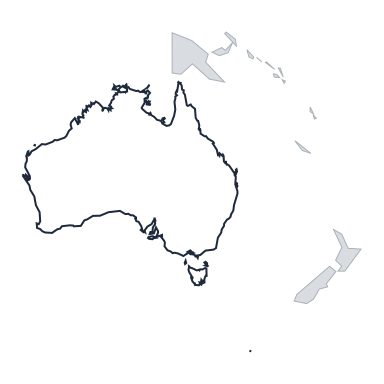 Oceania, with Australia highlighted
{"feature_id": "AUS", "entity_name": "Australia", "entity_type": "country or territory", "adm_level": 0, "iso_a3": "AUS", "parent_name": "Oceania", "parent_adm1": "", "projection": "robinson", "projection_center": [137.073, -32.4], "detail": "fine", "context": "in_parent", "style": "outline", "palette": "slate", "viewbox_px": 384, "rotation_deg": 0, "n_neighbors": 5, "source": "natural_earth", "source_scale": "50m", "svg_char_len": 7168}
<svg xmlns="http://www.w3.org/2000/svg" viewBox="0 0 384 384"><path d="M172.1,32.8L191.6,40.5L208.2,54.2L205.7,62.3L224.5,82.0L209.5,79.2L192.4,63.8L180.9,74.2L172.2,73.0L172.1,32.8ZM235.4,39.3L236.4,46.1L224.7,33.6L226.2,32.1L235.4,39.3ZM228.1,52.7L219.4,55.7L211.9,52.2L221.8,47.6L225.4,50.4L232.7,42.3L228.1,52.7ZM246.9,49.7L253.7,57.1L252.9,58.8L249.0,57.0L246.9,49.7Z" fill="#d9dde1" stroke="#a8b0b8" stroke-width="1"/><path d="M313.0,114.7L316.3,118.3L314.5,119.1L313.0,114.7ZM313.4,113.8L310.1,111.6L310.2,106.9L313.4,113.8Z" fill="#d9dde1" stroke="#a8b0b8" stroke-width="1"/><path d="M294.9,140.7L310.8,153.4L302.2,150.4L294.9,140.7Z" fill="#d9dde1" stroke="#a8b0b8" stroke-width="1"/><path d="M285.4,81.1L284.1,83.4L282.2,79.7L285.4,81.1ZM280.2,68.0L283.3,77.1L278.3,68.0L280.2,68.0ZM279.7,77.6L274.2,77.1L273.5,73.7L277.0,74.7L279.7,77.6ZM266.3,61.9L274.7,69.4L265.5,62.5L266.3,61.9ZM259.7,60.0L261.9,62.0L256.5,57.4L259.7,60.0Z" fill="#d9dde1" stroke="#a8b0b8" stroke-width="1"/><path d="M361.0,249.1L344.8,271.1L338.0,271.1L341.8,266.1L335.6,260.3L341.9,247.2L333.6,229.6L341.8,234.2L348.1,248.3L361.0,249.1ZM296.9,294.4L329.6,266.3L335.9,271.5L326.3,283.8L327.6,286.8L319.3,289.1L313.5,299.2L306.6,303.6L294.1,301.1L296.9,294.4Z" fill="#d9dde1" stroke="#a8b0b8" stroke-width="1"/><path d="M183.8,90.4L183.4,92.6L184.9,94.7L186.8,105.2L187.9,105.9L190.7,104.5L191.6,106.1L195.0,108.9L195.7,117.9L197.4,120.8L198.2,121.0L199.3,125.5L198.8,129.4L200.4,131.1L200.6,133.7L204.6,136.3L206.1,136.2L207.8,138.6L213.2,141.8L213.9,143.0L212.8,143.6L216.8,149.8L218.0,155.1L218.6,154.8L219.4,155.8L219.7,153.4L222.4,155.8L222.9,154.7L223.6,155.9L223.9,161.4L225.5,163.4L229.1,165.5L234.6,173.5L234.6,175.1L235.8,176.8L235.3,184.4L237.4,190.9L237.5,193.5L234.0,205.2L233.3,210.6L231.1,214.3L230.5,216.8L228.8,218.7L227.0,219.6L224.1,223.8L224.0,225.9L221.7,229.5L221.2,232.6L217.9,237.7L216.0,248.1L213.6,249.6L205.5,250.6L200.1,255.1L196.9,255.5L197.5,256.5L198.1,256.1L197.7,258.0L196.6,256.3L195.4,256.5L194.8,255.1L192.8,254.3L193.5,253.4L193.2,252.5L192.3,252.4L190.6,254.1L189.4,253.1L190.4,253.1L191.5,251.5L190.3,250.4L187.8,251.8L189.1,252.3L183.4,256.0L177.9,253.4L174.3,252.7L172.7,253.2L170.7,251.5L167.5,250.3L164.5,246.3L164.9,242.8L164.3,241.0L160.4,236.1L162.1,236.3L162.0,234.9L158.1,236.5L156.4,236.3L158.1,232.7L158.0,231.1L156.0,227.4L153.9,233.4L149.7,234.0L150.4,232.0L152.4,232.0L152.9,227.4L155.2,223.8L154.7,221.5L155.5,220.8L154.4,217.6L154.4,219.1L151.6,224.1L147.4,226.6L144.6,230.5L145.1,232.4L144.1,231.7L143.4,232.2L140.7,230.0L141.2,229.4L142.4,230.0L141.2,226.1L138.6,221.8L136.4,221.2L135.3,218.7L136.0,218.6L136.0,217.4L133.0,215.3L130.7,215.2L128.3,213.8L125.5,214.1L119.9,210.9L108.5,212.2L100.1,215.7L92.9,215.9L87.0,219.5L84.4,220.3L80.8,225.9L73.8,226.3L73.3,225.6L69.9,225.3L62.0,226.2L60.0,228.7L57.2,229.3L52.1,232.9L45.2,232.5L42.4,231.3L40.1,229.0L37.1,228.0L36.7,223.4L38.7,224.2L40.2,221.4L39.6,212.2L35.9,205.2L34.3,196.4L30.3,189.9L29.4,185.4L24.5,178.2L25.3,178.6L25.4,177.5L26.7,180.5L28.1,180.1L28.1,179.1L25.5,175.3L25.7,174.6L27.2,176.0L27.3,177.9L28.0,177.1L28.8,179.0L29.4,179.5L30.0,178.8L29.8,176.1L25.2,167.4L25.5,163.9L26.8,161.1L26.9,158.0L26.2,156.3L27.8,151.7L28.4,151.3L28.6,155.4L29.8,154.5L31.5,151.3L35.4,149.3L41.9,144.1L45.6,144.5L52.8,141.7L54.6,140.0L57.2,140.3L64.7,137.6L66.4,135.9L69.0,130.7L71.7,128.4L70.6,124.9L71.1,122.4L74.8,118.1L78.2,124.8L78.3,121.7L79.6,122.3L79.8,121.1L77.7,118.4L78.4,118.0L78.2,116.8L78.9,116.6L79.6,117.7L80.6,117.0L84.5,117.9L82.5,117.2L83.8,114.6L83.0,115.2L82.4,113.9L82.6,112.3L83.3,112.3L84.0,110.9L86.0,112.0L86.0,111.1L85.2,111.1L84.8,110.2L85.8,109.2L87.5,110.0L86.6,107.5L88.7,106.0L89.0,104.6L89.2,106.3L90.0,106.0L90.4,106.9L91.1,106.1L91.2,102.9L92.4,104.1L93.1,103.2L94.0,104.0L95.8,101.5L98.8,103.3L102.9,107.7L102.2,111.3L102.7,110.6L103.2,111.1L102.7,109.5L104.9,107.8L107.5,108.5L108.4,110.2L108.6,108.4L110.6,110.1L110.6,108.3L111.8,108.2L110.4,107.0L110.9,106.5L109.2,105.5L111.0,102.9L111.7,100.4L113.9,98.8L113.4,96.6L114.6,95.0L115.8,94.7L115.8,93.4L117.2,94.2L117.2,93.0L119.4,91.1L120.2,92.4L124.7,91.9L125.5,92.5L126.0,91.6L127.1,91.5L126.9,88.6L122.3,86.4L123.0,85.7L124.1,86.5L125.1,85.9L127.0,87.7L128.5,87.1L129.7,88.9L136.4,91.1L138.0,90.6L139.7,91.9L140.7,92.1L144.5,89.7L143.3,92.0L145.0,91.9L145.4,93.3L146.3,93.4L146.4,91.5L147.8,90.5L150.0,92.9L147.8,95.6L148.1,96.9L147.4,98.3L146.5,97.7L144.5,98.8L144.7,102.7L141.7,107.7L142.0,108.7L146.5,112.7L148.7,113.4L149.2,114.7L150.3,114.6L154.1,116.8L157.0,119.8L161.1,120.9L162.4,123.6L166.6,125.9L169.2,125.4L170.9,124.1L174.1,115.8L175.3,109.6L174.5,101.8L175.4,98.5L175.3,96.5L177.0,95.3L175.6,93.8L175.7,92.9L176.7,90.6L177.2,91.1L178.3,84.2L179.9,82.8L180.7,83.0L180.4,83.8L181.6,85.3L182.1,89.6L183.8,90.4ZM189.0,267.4L191.8,268.0L196.8,270.4L198.9,269.8L199.5,270.4L200.2,269.3L202.5,269.4L205.2,268.0L206.4,268.5L206.6,276.8L206.0,275.3L205.0,277.1L204.3,279.5L204.5,282.5L203.5,282.9L202.9,281.7L203.7,281.1L202.6,280.6L202.0,281.8L201.3,280.3L200.9,282.9L199.7,282.5L200.0,283.2L198.9,285.3L194.9,284.9L194.7,283.9L195.7,283.5L194.1,283.3L192.3,281.1L191.0,276.9L192.3,278.5L192.6,277.6L191.7,276.4L191.2,276.7L191.3,275.6L189.0,271.8L188.5,269.3L189.0,267.4ZM115.8,86.9L119.3,85.7L120.8,87.3L117.6,90.3L115.2,88.4L114.5,85.7L115.8,86.9ZM153.4,237.1L155.1,237.0L156.1,237.8L153.8,238.1L152.6,239.2L149.1,238.9L148.0,238.0L148.5,237.1L152.1,236.2L153.3,236.4L153.4,237.1ZM148.8,101.8L149.7,101.7L149.0,103.5L150.1,104.2L149.8,104.9L146.7,104.4L147.2,102.2L148.5,101.1L148.8,101.8ZM235.4,175.5L234.9,174.3L235.3,172.1L236.3,170.9L235.9,169.7L236.5,169.2L237.0,171.3L235.4,175.5ZM205.6,261.8L207.1,263.2L207.1,264.3L206.0,264.9L204.4,262.5L205.6,261.8ZM114.0,86.6L115.7,89.6L112.7,89.4L114.0,86.6ZM185.1,264.0L184.7,262.7L185.6,260.7L186.2,263.0L185.1,264.0ZM164.8,118.6L163.4,119.5L161.9,120.0L162.7,118.3L164.3,117.8L164.8,118.6ZM24.5,177.4L23.2,175.7L23.0,174.2L24.5,177.4ZM207.1,265.1L207.8,265.9L207.4,266.2L205.5,265.6L207.1,265.1ZM224.9,161.8L226.0,161.8L226.0,163.3L224.9,161.8ZM200.1,129.1L200.4,130.2L200.2,130.7L199.1,129.3L200.1,129.1ZM201.1,283.3L201.1,284.6L200.1,284.2L201.1,283.3ZM237.4,185.9L236.9,187.6L236.9,185.7L237.4,185.9ZM126.5,86.4L125.9,84.8L126.4,84.4L126.7,85.6L126.5,86.4ZM148.9,85.8L147.8,87.3L149.1,84.6L148.9,85.8ZM236.9,185.2L236.6,184.1L237.0,183.4L237.1,183.5L236.9,185.2ZM150.8,114.0L150.0,113.6L150.4,112.9L150.7,113.3L150.8,114.0ZM146.4,101.8L145.6,101.9L146.1,101.0L146.4,101.8ZM35.1,144.2L34.9,145.4L34.5,145.3L35.1,144.2ZM178.9,82.7L178.4,83.1L178.1,82.3L178.5,82.0L178.9,82.7ZM193.3,253.2L192.5,253.6L192.2,253.4L192.3,252.9L193.3,253.2ZM250.5,350.8L249.9,351.9L250.7,350.2L250.5,350.8ZM147.5,87.7L145.9,88.7L147.5,87.4L147.5,87.7ZM86.7,106.0L86.1,106.7L86.4,105.9L86.7,106.0ZM201.8,283.0L201.1,282.6L201.4,282.1L201.7,282.3L201.8,283.0ZM164.1,122.1L163.3,122.1L163.7,121.5L164.1,122.1ZM83.5,111.4L83.1,111.8L83.1,110.9L83.5,111.4ZM191.9,253.8L192.6,254.4L191.4,254.2L191.9,253.8ZM219.2,153.3L218.9,153.3L219.1,152.7L219.2,153.3ZM189.3,266.4L189.1,266.9L189.0,266.2L189.3,266.4Z" fill="none" stroke="#1e293b" stroke-width="2"/></svg>